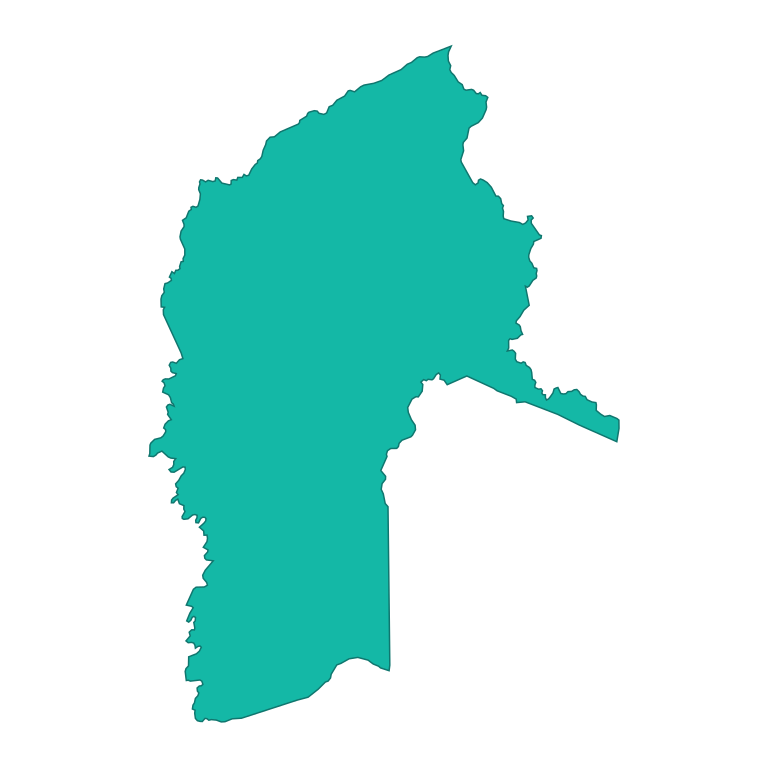 Rondonópolis, Mato Grosso, Brazil
{"feature_id": "56859067B39201952923090", "entity_name": "Rondonópolis", "entity_type": "district", "adm_level": 2, "iso_a3": "BRA", "parent_name": "Brazil", "parent_adm1": "Mato Grosso", "projection": "robinson", "projection_center": [-54.671, -16.573], "detail": "fine", "context": "isolated", "style": "filled", "palette": "teal", "viewbox_px": 768, "rotation_deg": 0, "n_neighbors": 0, "source": "geoboundaries", "source_scale": "gbopen_adm2", "svg_char_len": 6095}
<svg xmlns="http://www.w3.org/2000/svg" viewBox="0 0 768 768"><path d="M368.0,660.1L373.2,664.0L378.6,666.2L380.5,667.9L389.1,670.7L389.8,665.2L388.0,506.7L385.2,503.5L383.3,493.9L381.2,489.3L382.1,483.6L385.5,479.3L385.6,476.3L380.8,470.5L387.0,456.5L386.4,454.2L387.5,450.7L390.7,448.5L396.7,448.4L398.4,446.6L399.1,443.3L402.0,440.2L410.9,436.8L412.5,435.2L415.5,429.8L415.1,425.2L411.4,419.7L408.3,412.4L407.7,407.5L412.0,399.1L415.9,396.7L418.3,396.9L422.2,391.2L422.8,384.5L420.9,382.1L423.7,379.6L426.3,380.7L428.1,379.3L432.0,379.8L433.5,378.8L436.2,374.6L438.6,372.9L440.4,375.0L440.0,379.1L444.1,380.2L447.2,384.7L466.8,376.0L493.8,388.4L497.1,390.8L511.3,396.3L516.2,399.1L516.6,402.6L525.1,401.8L557.8,414.4L579.4,425.1L616.8,441.7L619.0,428.4L618.9,420.1L616.9,418.5L609.8,415.5L604.5,416.5L600.6,414.1L596.2,410.4L596.4,404.8L595.9,402.6L592.0,402.0L587.0,399.7L585.3,396.4L583.0,396.1L580.5,394.3L579.0,391.6L576.8,389.5L574.2,389.8L571.6,391.4L568.0,391.6L565.9,393.7L563.4,394.0L560.8,393.5L557.9,387.5L556.1,388.0L554.1,389.0L553.0,392.9L550.5,396.5L548.6,398.9L546.5,400.0L545.4,397.7L545.4,394.8L543.0,394.7L541.8,393.2L542.5,390.8L541.0,388.8L538.6,389.2L534.9,387.5L534.9,385.0L535.8,382.4L534.6,380.2L532.3,379.3L531.7,372.5L531.0,369.6L529.5,367.5L526.2,365.4L525.1,362.5L523.2,361.9L521.1,363.2L516.8,361.7L515.3,359.1L515.6,353.3L514.1,351.3L512.3,350.0L507.3,351.0L508.7,348.0L508.6,340.4L510.1,338.7L512.0,339.4L517.4,338.3L520.8,334.9L522.6,334.4L521.0,330.7L520.3,326.7L519.2,325.0L516.0,323.1L516.3,320.9L520.0,316.6L523.8,310.2L529.2,305.3L525.4,286.2L527.3,287.2L529.2,286.0L532.9,280.3L536.2,278.0L536.7,276.0L536.2,273.5L537.0,270.5L536.6,268.4L533.8,267.8L531.9,263.3L529.8,260.9L528.7,257.3L528.8,254.8L530.8,248.6L533.4,244.2L533.8,241.5L541.0,238.3L541.4,235.6L539.4,234.9L531.3,223.3L531.2,220.1L533.2,218.0L531.6,215.8L527.5,216.4L528.1,219.9L525.6,223.0L522.8,224.4L519.4,222.5L510.9,221.0L503.8,218.7L503.2,216.1L503.5,211.5L502.5,208.1L503.4,205.6L501.7,203.6L500.7,198.7L498.4,196.2L495.9,196.1L491.3,187.2L487.2,182.6L483.1,180.0L480.5,179.0L478.5,180.2L478.1,182.9L475.3,184.8L472.7,182.6L461.3,162.1L460.8,159.6L463.6,150.8L462.9,144.9L463.3,142.4L467.0,138.1L469.0,128.2L471.1,126.3L478.3,122.6L482.4,118.1L486.1,109.7L486.6,107.1L486.0,102.0L487.8,97.4L485.6,95.7L482.0,95.3L480.2,92.5L478.4,93.8L476.3,93.6L473.6,90.2L471.6,89.4L466.0,90.2L463.9,89.2L462.2,84.6L458.2,81.9L454.2,75.4L451.2,72.5L449.8,69.6L450.7,65.7L448.4,61.1L448.0,55.5L448.6,51.8L451.2,46.1L433.1,53.1L427.7,56.5L424.6,57.1L419.6,56.8L417.2,57.7L411.4,62.5L407.3,64.2L401.1,69.6L389.0,75.0L381.7,80.5L373.8,83.3L364.0,85.1L360.6,86.8L354.6,91.8L350.1,90.4L348.2,90.9L344.6,96.1L336.9,100.2L332.7,105.3L329.2,106.7L326.6,113.0L323.9,114.4L319.0,113.3L317.2,111.1L314.3,110.7L309.0,112.2L307.7,113.4L306.6,116.2L299.8,120.4L299.5,122.6L298.3,124.1L280.3,131.9L274.4,136.8L270.1,137.2L266.5,141.0L265.7,144.6L263.2,150.2L261.8,156.5L260.3,158.8L257.7,160.6L257.4,163.0L255.2,164.5L251.7,169.0L248.7,175.3L246.3,175.9L244.0,174.4L242.3,177.4L237.8,177.4L236.8,180.1L233.4,179.6L231.2,180.5L231.1,184.0L229.6,184.9L221.9,183.1L217.6,178.0L215.8,177.8L215.2,180.9L212.8,181.6L208.1,180.3L205.6,181.9L202.6,180.1L200.6,179.8L199.5,181.9L200.0,183.9L198.8,187.5L198.7,189.6L200.4,193.8L199.9,199.4L198.0,206.0L196.1,207.3L192.9,206.3L191.0,207.3L191.3,209.5L188.8,211.2L186.2,217.8L182.5,220.3L184.0,224.3L184.1,226.6L181.1,231.1L180.0,236.8L180.4,239.2L184.8,249.0L184.8,255.1L183.1,258.5L183.3,261.4L181.1,261.8L179.6,266.5L180.0,268.6L177.9,270.2L175.8,270.3L174.4,273.5L171.9,271.7L169.4,277.1L171.1,278.3L171.4,280.4L167.5,283.0L165.0,283.6L163.7,288.9L164.3,292.3L161.8,295.7L161.0,299.1L161.2,306.9L164.6,307.3L163.3,309.7L163.5,314.6L181.1,352.8L182.9,358.6L179.5,359.7L176.3,363.3L172.7,362.0L170.7,362.4L169.2,365.2L170.8,368.2L170.9,371.1L172.4,372.6L176.3,373.6L175.4,375.8L168.8,379.0L165.3,378.9L163.3,379.7L162.1,381.2L164.1,382.9L165.0,385.8L163.5,388.1L162.7,392.1L168.6,394.8L170.4,397.7L171.6,402.7L173.3,404.0L174.1,406.2L169.9,404.3L168.0,404.9L166.4,407.0L168.2,412.2L167.6,414.4L171.3,419.7L168.4,420.8L165.1,424.2L163.7,428.0L165.6,429.6L165.7,431.8L163.2,435.9L160.9,437.8L154.6,439.4L150.8,443.1L150.0,445.1L149.8,453.6L149.0,456.1L153.4,456.6L156.0,455.0L157.5,453.1L161.9,451.1L168.2,456.9L170.9,458.1L175.7,458.6L173.7,461.5L173.8,464.4L172.6,467.3L169.0,469.5L171.0,472.0L174.1,472.2L182.9,466.9L185.1,467.2L185.3,469.6L183.8,473.2L181.3,475.7L178.7,480.4L175.6,483.9L176.2,486.7L178.1,488.2L176.4,492.5L178.1,494.7L173.1,498.1L171.6,500.0L171.4,502.8L173.6,502.8L175.6,500.4L177.8,499.1L179.4,503.7L183.9,505.6L183.8,509.1L185.0,511.5L182.1,516.6L182.3,518.5L183.9,519.3L188.0,518.8L192.6,515.0L195.0,514.5L197.1,515.3L197.0,517.7L195.7,520.2L195.9,522.6L198.5,522.9L200.8,518.4L202.7,517.2L204.8,517.3L206.0,518.6L205.7,520.9L203.9,523.2L199.4,527.2L203.7,531.0L204.0,535.2L207.0,535.1L207.5,538.2L207.0,541.6L203.3,547.3L208.0,549.9L207.7,551.9L204.4,555.6L204.8,558.2L206.4,559.9L213.2,560.8L205.2,570.3L202.7,575.2L203.2,578.3L206.7,582.5L207.4,585.2L204.3,587.0L196.1,587.2L193.4,589.3L186.3,605.1L191.6,606.3L193.2,607.7L189.9,613.1L186.7,620.9L188.7,622.1L190.9,620.2L192.2,617.3L193.9,616.4L195.5,617.5L195.2,620.9L193.8,622.4L194.8,628.0L194.4,629.9L191.7,629.8L189.2,632.2L190.2,635.9L186.0,640.9L188.2,642.7L191.6,642.4L193.8,643.1L195.0,645.4L195.4,648.2L197.8,646.5L200.0,646.0L201.3,647.3L199.4,651.1L196.4,653.8L188.7,656.8L188.5,665.9L186.0,668.6L185.2,671.4L186.3,680.5L188.2,680.2L190.4,681.1L199.9,680.0L201.8,681.1L202.9,684.3L201.3,685.8L199.3,686.0L197.1,688.0L197.4,691.1L198.8,692.9L197.9,695.7L195.4,698.4L194.4,703.0L193.0,705.1L192.4,709.0L195.1,710.2L194.7,713.1L195.4,718.4L197.4,720.7L200.1,721.4L202.3,721.5L205.0,718.4L207.0,718.7L208.8,720.2L211.3,719.6L216.4,720.1L221.2,721.9L225.0,721.7L232.2,718.8L241.5,718.2L297.2,700.1L308.1,697.2L318.2,689.2L325.4,682.0L328.1,681.1L330.5,678.0L331.2,674.2L336.8,664.9L340.9,663.4L349.1,658.8L357.8,657.4L368.0,660.1Z" fill="#14b8a6" stroke="#0f766e" stroke-width="1.5"/></svg>